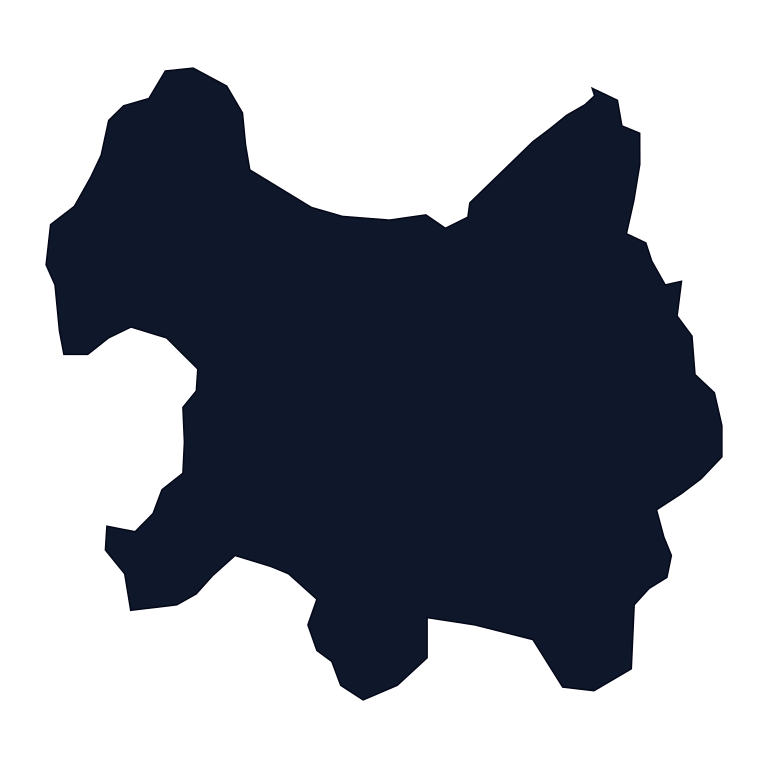 outline of Kukës, Kukës, Albania
{"feature_id": "67620474B92464717887955", "entity_name": "Kukës", "entity_type": "district", "adm_level": 2, "iso_a3": "ALB", "parent_name": "Albania", "parent_adm1": "Kukës", "projection": "robinson", "projection_center": [20.374, 41.987], "detail": "fine", "context": "isolated", "style": "filled", "palette": "ink", "viewbox_px": 768, "rotation_deg": 0, "n_neighbors": 0, "source": "geoboundaries", "source_scale": "gbopen_adm2", "svg_char_len": 1329}
<svg xmlns="http://www.w3.org/2000/svg" viewBox="0 0 768 768"><path d="M63.9,354.4L87.7,354.4L108.5,337.9L118.6,333.0L130.9,327.0L142.8,330.6L155.7,334.6L166.6,337.9L182.4,353.7L191.9,363.1L197.8,369.0L196.3,391.0L194.3,393.4L182.9,407.4L184.4,442.1L182.9,473.2L162.0,489.7L153.1,513.4L147.2,519.5L140.8,525.9L135.2,531.7L122.0,529.2L106.9,526.2L105.4,550.0L124.7,573.8L130.7,610.3L176.8,604.8L196.2,593.9L212.6,575.6L235.0,555.5L270.7,566.4L288.6,573.8L316.9,599.3L307.9,624.9L316.9,650.5L331.8,661.5L340.7,685.3L363.1,699.9L397.3,685.3L427.1,657.8L427.1,617.6L474.8,624.9L532.9,639.6L562.7,687.1L594.0,690.7L631.3,668.8L634.2,604.8L649.1,588.4L666.9,577.4L671.4,555.5L663.9,537.2L656.5,509.8L681.8,493.3L701.1,478.7L721.9,456.8L721.9,425.7L714.4,392.8L695.0,374.5L692.0,336.1L677.1,316.0L681.5,281.3L665.2,284.9L651.8,261.2L645.8,242.9L626.4,233.7L633.8,200.8L639.8,164.3L639.7,133.2L621.9,125.9L617.4,100.3L592.2,88.3L594.6,95.8L584.9,104.8L566.6,115.3L555.6,124.3L547.1,131.0L533.1,141.5L469.8,202.9L467.9,217.1L445.4,228.3L425.9,214.9L389.3,220.1L342.4,216.4L311.3,207.4L249.8,169.9L245.5,144.5L242.5,113.0L226.7,86.1L193.2,68.1L165.3,71.0L148.9,98.5L123.6,105.8L108.7,120.4L101.2,155.1L90.8,177.1L74.4,206.3L50.6,224.6L46.1,264.8L55.0,284.9L59.4,330.6L63.9,354.4Z" fill="#0f172a" stroke="#020617" stroke-width="1.5"/></svg>